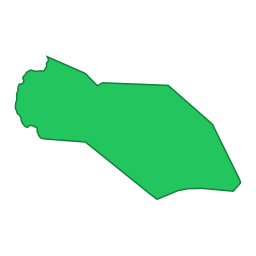 the district of Várzea Nova, Bahia, Brazil
{"feature_id": "56859067B59616192254510", "entity_name": "Várzea Nova", "entity_type": "district", "adm_level": 2, "iso_a3": "BRA", "parent_name": "Brazil", "parent_adm1": "Bahia", "projection": "robinson", "projection_center": [-41.181, -11.121], "detail": "fine", "context": "isolated", "style": "filled", "palette": "green", "viewbox_px": 256, "rotation_deg": 0, "n_neighbors": 0, "source": "geoboundaries", "source_scale": "gbopen_adm2", "svg_char_len": 1243}
<svg xmlns="http://www.w3.org/2000/svg" viewBox="0 0 256 256"><path d="M168.3,85.4L138.7,84.2L102.5,82.8L97.5,85.8L85.2,73.4L47.2,56.7L48.3,59.0L48.2,61.3L46.5,63.0L46.5,64.4L46.6,66.0L46.2,67.4L45.4,68.4L44.7,69.6L43.7,71.2L42.2,71.0L40.6,70.8L39.1,71.0L37.7,71.3L35.8,71.3L33.3,70.8L31.8,70.3L30.6,70.1L29.3,70.7L27.8,71.7L26.4,72.4L25.9,74.1L24.5,75.4L23.2,76.8L22.8,78.6L23.9,80.1L23.4,82.4L22.0,84.0L19.4,84.1L18.7,85.5L18.2,86.7L18.0,88.1L18.0,90.0L17.4,92.1L16.8,93.8L16.6,96.0L16.7,97.2L16.8,98.7L16.5,100.7L15.8,102.8L15.6,104.5L15.4,106.0L15.4,107.5L15.8,109.4L16.5,110.7L17.0,112.1L17.3,113.6L18.9,114.7L19.7,115.6L20.4,116.6L21.0,118.2L21.2,120.1L21.8,122.0L22.5,123.1L23.4,124.6L25.1,126.5L27.4,127.4L29.4,125.8L30.7,125.3L31.9,125.6L33.3,126.0L34.7,126.7L36.1,127.3L37.4,128.2L37.2,130.2L37.1,131.8L38.0,133.0L38.2,134.3L38.8,135.4L39.9,137.1L41.1,138.0L43.0,138.6L44.8,138.9L62.2,140.3L85.4,142.0L87.8,144.0L97.1,151.4L100.8,154.4L114.5,165.4L120.4,170.2L147.8,192.2L148.7,193.0L157.0,199.3L178.0,190.6L188.0,188.7L196.4,188.5L202.1,188.3L204.5,188.6L210.3,189.1L233.2,191.2L240.6,182.8L239.5,179.5L235.8,171.9L214.0,127.5L212.5,124.3L170.7,87.6L169.1,86.2L168.3,85.4Z" fill="#22c55e" stroke="#15803d" stroke-width="1.5"/></svg>